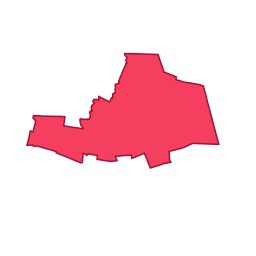 Selaru, Dâmbovita, Romania (Robinson projection), rotated 44°
{"feature_id": "2599482B55350646463650", "entity_name": "Selaru", "entity_type": "district", "adm_level": 2, "iso_a3": "ROU", "parent_name": "Romania", "parent_adm1": "Dâmbovita", "projection": "robinson", "projection_center": [25.307, 44.47], "detail": "fine", "context": "isolated", "style": "filled", "palette": "rose", "viewbox_px": 256, "rotation_deg": 44, "n_neighbors": 0, "source": "geoboundaries", "source_scale": "gbopen_adm2", "svg_char_len": 5492}
<svg xmlns="http://www.w3.org/2000/svg" viewBox="0 0 256 256"><g transform="rotate(44 128 128)"><path d="M93.6,195.8L96.7,194.5L97.8,194.0L99.1,193.5L106.1,190.6L106.7,190.4L111.1,188.7L113.0,188.0L116.3,186.6L117.9,186.0L118.1,185.9L118.4,185.6L118.6,185.4L118.8,185.2L119.1,184.5L118.9,184.2L118.7,183.9L118.4,183.5L118.1,183.2L117.8,182.8L117.4,182.5L117.2,182.2L116.6,181.5L116.3,181.1L115.2,179.8L114.4,178.9L113.7,178.0L113.3,177.3L113.8,177.1L114.1,177.1L114.4,176.9L114.7,176.9L114.8,176.8L115.0,176.8L115.1,176.7L115.9,176.6L117.5,176.2L116.6,175.0L124.8,169.1L126.6,170.9L127.5,172.1L131.4,169.3L132.3,168.7L136.2,165.9L137.6,164.9L138.1,164.6L138.7,164.2L139.1,163.6L139.4,163.2L140.9,161.6L141.2,161.1L141.5,160.7L141.7,160.4L142.4,159.6L142.7,159.2L142.8,159.1L142.2,158.9L142.0,158.7L141.4,158.4L140.9,158.2L140.5,158.0L139.9,157.7L138.9,157.2L138.5,157.0L139.4,156.1L140.1,155.4L140.6,154.9L141.1,154.4L142.4,152.8L143.3,151.6L143.9,151.1L145.9,148.7L146.9,147.8L147.3,147.4L147.8,146.9L148.0,146.6L148.7,145.9L149.0,145.6L149.3,145.3L149.9,145.7L150.6,146.2L150.9,146.5L151.1,146.6L151.8,147.1L152.1,146.5L152.4,145.8L152.6,145.7L153.6,143.3L154.1,142.2L154.4,141.6L154.5,141.3L154.8,140.7L154.8,140.4L155.0,139.9L155.5,139.0L155.6,138.8L156.0,137.8L156.2,137.4L156.8,135.9L157.3,134.8L159.4,135.7L160.1,136.0L164.4,137.9L167.5,139.3L171.8,141.3L172.5,140.0L174.6,136.2L175.7,134.1L175.9,133.7L176.6,132.5L177.4,131.0L177.6,130.6L177.9,130.0L178.3,129.1L180.3,126.3L182.6,122.9L180.8,122.3L180.6,122.2L180.0,122.0L179.7,121.7L176.6,118.8L175.4,117.7L174.9,117.1L173.9,116.2L174.3,115.7L174.5,115.3L174.7,114.9L175.4,113.8L175.8,113.1L176.3,112.3L176.6,111.9L176.9,111.2L177.1,111.1L177.2,110.8L178.2,109.1L179.3,107.5L179.5,107.1L180.1,106.1L180.4,105.5L181.0,104.5L181.4,103.6L181.7,103.1L181.8,103.0L181.8,102.8L182.0,102.3L182.3,101.6L182.5,101.1L182.6,100.8L183.0,99.9L183.0,99.6L183.2,99.3L183.4,98.9L183.6,98.0L184.1,96.9L184.1,96.7L184.9,94.8L185.1,94.4L185.2,94.2L185.3,94.0L186.1,93.4L187.0,92.5L187.3,92.2L187.7,91.8L188.2,91.4L189.5,90.3L190.2,89.8L190.3,89.6L192.1,87.9L192.9,87.3L193.5,86.7L195.5,84.9L196.3,84.2L197.1,83.4L198.0,82.8L199.1,81.7L200.4,80.5L200.9,80.0L201.6,79.5L203.9,77.3L204.1,77.2L204.6,76.7L202.2,75.1L199.3,73.5L196.5,71.8L194.8,70.8L190.2,68.0L184.6,64.6L182.0,63.0L179.4,61.4L176.7,59.8L171.8,56.9L171.3,56.6L163.5,51.8L158.8,48.8L156.9,47.8L153.0,45.4L152.1,45.9L150.8,46.5L150.5,46.7L150.0,46.8L148.7,47.4L148.6,47.6L147.1,48.6L144.2,50.6L143.1,51.4L142.8,51.5L139.9,53.5L138.5,54.6L136.8,55.7L136.1,56.3L135.2,56.8L134.1,57.2L132.5,57.9L131.5,58.5L129.0,59.9L128.7,59.9L127.5,57.7L124.8,58.6L116.1,62.3L116.0,62.2L115.3,62.8L110.8,60.5L105.4,57.9L99.7,54.8L98.7,54.2L96.4,56.2L94.5,57.9L82.2,69.0L81.5,69.7L81.3,70.3L81.1,70.3L80.7,70.3L80.5,70.5L78.0,72.8L77.1,73.8L75.3,75.6L74.4,76.3L74.1,76.5L73.9,76.7L74.1,77.1L74.8,77.5L75.3,77.7L75.7,77.7L76.1,77.8L76.6,78.0L77.0,77.8L77.4,77.7L77.7,77.7L78.4,78.3L78.7,78.6L78.9,79.0L79.0,79.5L79.1,79.9L79.0,80.0L79.2,80.4L79.4,80.7L79.9,81.1L81.3,81.6L81.5,81.8L82.0,81.9L82.2,82.1L81.6,82.6L81.5,82.8L81.7,83.1L82.3,84.0L82.5,84.5L82.7,84.9L83.0,85.7L83.3,86.5L83.5,87.5L83.7,88.1L84.3,89.5L85.1,91.5L85.4,92.3L85.5,92.6L85.5,92.8L85.9,93.5L86.5,95.1L87.0,96.1L87.0,96.4L88.3,99.5L88.7,100.6L88.9,101.0L89.9,101.0L90.4,101.2L90.6,101.4L90.6,101.5L90.5,101.9L89.0,104.7L88.7,105.1L88.7,105.3L89.0,105.9L89.4,106.5L91.2,108.0L91.7,108.9L92.0,109.5L92.4,109.8L93.0,110.1L93.6,110.5L94.3,111.4L94.3,111.5L93.8,112.5L93.6,112.8L93.5,113.1L93.4,113.4L93.4,113.8L93.5,114.4L93.8,114.7L94.7,115.4L95.6,116.6L96.1,117.1L96.2,117.3L95.7,117.4L95.4,117.6L95.1,117.8L95.7,119.2L95.7,119.5L95.9,119.9L96.3,120.8L96.6,121.6L96.6,121.9L96.5,122.1L94.9,122.5L92.7,123.2L91.5,123.6L91.3,123.7L90.4,124.0L85.1,125.6L87.6,128.5L87.1,128.5L86.2,129.1L85.9,129.0L85.3,129.5L85.1,129.7L85.0,129.9L83.7,131.0L83.6,131.4L83.8,132.0L84.4,133.4L84.9,133.2L85.5,133.2L85.8,133.3L86.0,133.4L86.3,133.3L86.5,133.3L86.5,134.0L86.7,134.6L86.7,135.0L86.6,135.5L86.5,135.8L86.3,137.1L86.8,138.0L87.2,138.7L87.8,139.2L88.3,139.5L88.8,139.7L88.9,139.9L89.2,140.0L89.8,140.3L90.3,140.5L90.6,140.8L90.7,141.2L90.4,141.2L89.9,141.6L89.3,141.8L89.1,142.0L89.3,142.5L89.5,142.9L89.6,143.5L90.0,143.9L90.5,144.0L91.2,144.3L91.8,144.7L92.1,145.1L92.4,145.4L92.9,145.6L93.2,146.1L93.4,146.8L93.4,147.2L93.4,147.4L93.6,147.5L93.7,148.4L93.8,148.7L93.7,149.0L93.3,149.2L93.0,149.5L93.0,149.9L92.4,150.1L92.2,150.2L92.0,150.6L92.0,151.0L91.9,151.1L91.1,151.5L90.8,151.7L89.8,152.8L89.8,153.0L89.4,153.1L88.7,153.6L88.1,154.0L87.8,154.1L87.6,154.1L87.6,154.4L87.4,154.7L87.5,155.1L87.6,155.4L87.9,155.7L88.8,156.4L90.0,157.3L90.2,157.5L90.3,157.6L91.2,158.0L92.4,158.8L92.8,158.7L93.6,158.7L94.4,158.9L95.3,159.4L96.1,159.7L88.4,165.4L84.2,168.4L80.1,171.0L76.6,166.1L74.8,163.7L73.5,164.7L72.6,165.6L72.2,165.9L71.3,166.4L70.8,167.2L67.9,169.8L66.5,171.2L66.4,171.2L65.2,172.4L64.5,173.1L63.6,173.8L59.1,178.0L51.4,184.7L52.6,186.7L56.7,187.0L57.4,188.1L60.3,193.2L61.1,194.5L62.4,196.6L59.8,197.9L61.1,200.2L61.3,200.4L61.4,200.7L61.6,200.9L61.8,201.2L62.2,201.9L62.3,201.8L63.1,203.1L65.1,206.6L65.8,207.9L66.7,209.5L67.3,210.6L69.2,208.6L69.5,208.3L70.0,207.7L71.1,206.7L71.4,206.6L71.9,206.6L72.7,206.8L72.8,206.6L73.4,206.0L74.2,205.1L75.0,204.3L75.2,204.0L76.1,203.5L78.1,202.5L78.8,202.1L79.0,202.0L79.3,201.9L84.7,199.0L89.8,196.3L90.6,195.9L92.9,194.7L93.6,195.8Z" fill="#f43f5e" stroke="#9f1239" stroke-width="1.5"/></g></svg>